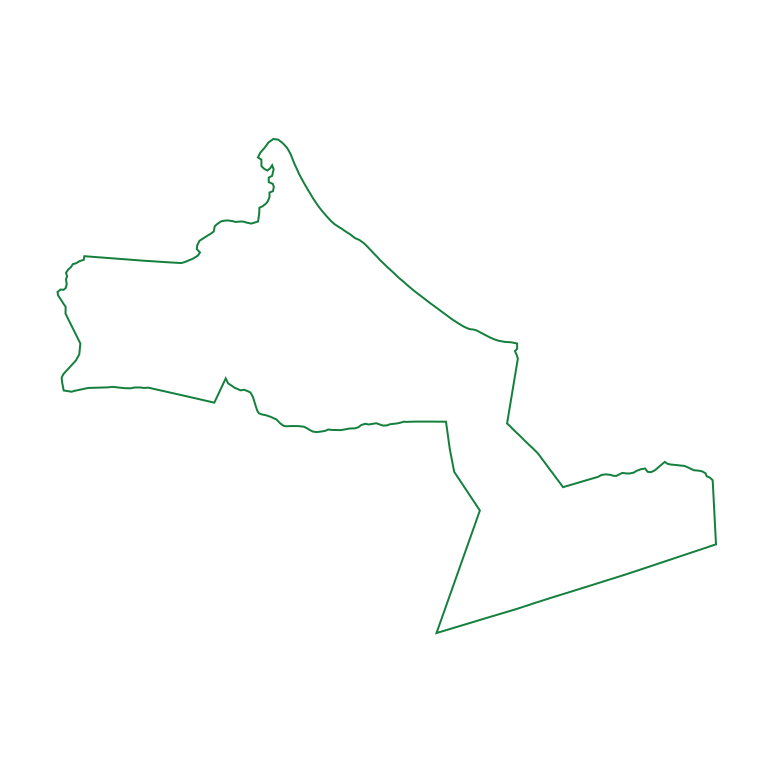 the district of Aracati, Ceará, Brazil, rotated 356°
{"feature_id": "56859067B80165921841857", "entity_name": "Aracati", "entity_type": "district", "adm_level": 2, "iso_a3": "BRA", "parent_name": "Brazil", "parent_adm1": "Ceará", "projection": "albers", "projection_center": [-37.699, -4.677], "detail": "fine", "context": "isolated", "style": "outline", "palette": "green", "viewbox_px": 768, "rotation_deg": 356, "n_neighbors": 0, "source": "geoboundaries", "source_scale": "gbopen_adm2", "svg_char_len": 3604}
<svg xmlns="http://www.w3.org/2000/svg" viewBox="0 0 768 768"><g transform="rotate(356 384 384)"><path d="M519.6,352.9L513.9,351.3L507.5,350.4L501.1,348.8L497.1,347.1L493.6,345.3L487.1,341.4L479.9,336.9L476.6,335.8L473.5,335.3L470.0,333.7L467.1,332.0L464.2,330.0L456.4,324.2L452.0,320.4L446.1,315.4L443.9,313.5L434.0,305.1L428.2,299.9L423.5,295.8L419.7,292.4L414.5,287.3L410.9,283.6L406.6,279.5L403.8,276.5L401.6,274.0L398.1,270.3L394.7,266.8L392.0,263.7L388.9,260.4L386.3,257.0L383.9,254.2L380.1,249.6L377.2,246.0L373.7,242.1L369.5,238.6L365.3,236.5L360.9,232.5L358.0,230.4L355.4,228.4L353.1,226.5L350.4,224.6L345.9,221.2L342.3,217.5L338.1,212.2L334.9,207.9L332.6,204.6L330.3,201.0L326.3,194.1L322.6,186.8L318.2,178.0L313.9,168.5L312.1,163.5L309.9,157.8L307.0,148.6L305.5,145.2L303.9,141.9L301.5,138.7L299.0,135.9L295.4,132.8L290.6,131.9L285.6,135.0L281.3,140.1L276.9,144.4L274.0,149.2L277.3,151.6L277.2,154.6L276.9,158.1L279.6,161.1L282.6,162.9L285.3,161.1L287.7,158.0L288.9,162.2L287.9,165.2L287.0,168.5L283.4,170.1L283.1,174.6L286.9,176.5L287.9,179.5L286.7,183.9L283.1,185.0L282.8,189.6L281.0,193.3L279.0,195.7L275.5,198.1L272.0,199.5L271.4,205.2L269.7,213.1L265.9,214.0L262.7,214.7L259.1,213.7L254.6,212.1L251.6,211.9L247.3,212.0L244.0,210.9L240.0,210.0L236.5,209.9L232.8,210.4L229.5,212.3L226.2,214.7L224.8,220.0L222.0,221.8L219.2,223.2L215.3,225.3L209.9,228.3L207.3,232.7L206.7,236.5L209.6,239.9L207.4,242.9L202.0,245.7L193.6,248.5L190.2,249.2L175.3,247.3L157.9,244.9L153.9,244.4L94.0,235.6L93.2,239.1L88.8,240.3L85.1,242.1L82.0,242.7L79.8,245.6L76.8,247.9L74.5,251.0L75.4,254.3L74.0,257.6L74.5,262.2L73.2,266.0L70.9,267.7L67.9,267.2L64.7,269.5L65.1,272.9L67.8,277.8L70.0,281.8L71.8,284.8L71.2,291.6L83.9,322.4L82.1,333.1L78.4,338.9L65.0,351.6L62.9,355.0L63.0,359.9L64.0,368.1L71.7,369.9L75.1,369.2L88.7,367.3L108.6,368.1L112.5,367.9L115.8,368.4L120.5,369.3L125.3,370.1L130.9,370.6L135.3,370.1L141.0,370.5L143.9,371.2L148.7,371.2L192.5,384.4L213.4,390.8L226.5,367.4L228.5,372.5L231.6,374.8L234.9,377.5L237.5,378.7L240.4,380.3L244.0,380.0L247.5,381.6L250.2,383.2L252.4,388.0L254.6,397.5L255.7,401.7L257.1,404.4L259.9,405.8L263.7,406.8L268.5,408.8L274.3,411.9L277.9,416.2L281.1,418.8L283.9,419.4L286.9,419.4L294.8,419.9L301.0,421.0L303.7,422.5L306.6,424.6L309.7,426.5L313.5,427.3L318.4,427.0L322.2,426.6L325.1,425.5L328.9,426.2L333.5,426.6L337.6,427.0L342.5,426.5L346.6,426.0L352.0,426.2L355.3,425.4L358.6,423.3L362.5,422.4L365.8,423.3L369.4,423.0L373.6,422.6L376.7,424.0L380.0,425.4L384.1,425.5L386.9,424.6L390.5,424.4L393.9,424.3L397.9,423.7L401.1,423.0L404.3,423.4L408.5,423.5L414.3,423.8L436.4,425.4L443.2,425.9L445.1,453.6L447.9,476.5L470.8,516.9L467.5,524.5L419.0,636.1L468.3,624.9L501.3,617.5L520.2,612.7L538.0,608.4L544.4,606.9L571.0,600.6L593.6,595.2L614.0,590.3L704.0,567.1L705.1,506.7L705.1,502.8L702.6,500.2L699.5,498.5L698.5,495.5L695.4,493.4L691.9,492.4L687.0,491.6L682.6,489.1L677.9,486.6L675.0,486.2L671.4,485.5L667.8,484.9L664.3,484.3L661.1,483.3L658.7,481.3L656.0,483.2L652.5,485.8L648.2,489.0L644.1,490.6L640.9,490.0L638.5,486.5L634.5,486.9L630.0,488.2L627.0,489.8L623.0,490.4L619.4,490.1L615.5,489.3L612.2,490.7L609.2,491.9L606.2,491.5L603.5,490.4L598.9,489.6L594.6,489.9L591.2,491.5L555.4,499.4L553.9,497.0L551.6,493.4L549.3,489.9L547.6,487.2L545.7,484.2L542.8,479.8L540.6,476.3L538.5,473.0L536.7,470.3L534.5,466.7L532.2,463.3L530.1,461.0L528.1,458.6L525.4,455.8L523.1,453.3L520.3,450.2L518.0,447.5L515.0,444.1L512.5,441.5L509.6,438.2L506.8,434.9L504.0,432.0L519.3,368.0L518.3,364.0L516.9,360.3L519.3,358.1L519.6,352.9Z" fill="none" stroke="#15803d" stroke-width="2"/></g></svg>